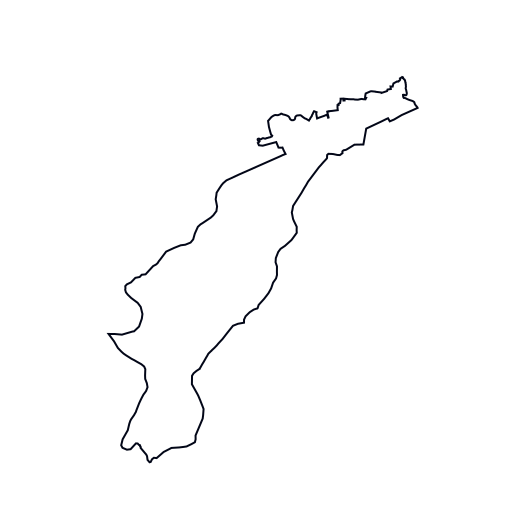 the district of Kapuas, Kalimantan Tengah, Indonesia, rotated 224°
{"feature_id": "22746128B40136746216216", "entity_name": "Kapuas", "entity_type": "district", "adm_level": 2, "iso_a3": "IDN", "parent_name": "Indonesia", "parent_adm1": "Kalimantan Tengah", "projection": "orthographic", "projection_center": [114.299, -1.918], "detail": "fine", "context": "isolated", "style": "outline", "palette": "ink", "viewbox_px": 512, "rotation_deg": 224, "n_neighbors": 0, "source": "geoboundaries", "source_scale": "gbopen_adm2", "svg_char_len": 5873}
<svg xmlns="http://www.w3.org/2000/svg" viewBox="0 0 512 512"><g transform="rotate(224 256 256)"><path d="M341.2,361.6L336.3,357.8L332.3,355.4L329.5,353.8L327.1,353.8L327.3,353.7L327.6,353.2L327.8,352.9L328.0,352.0L328.4,351.1L329.2,350.0L329.4,349.5L330.0,348.5L330.3,348.2L330.5,347.7L330.5,347.4L330.8,346.9L331.6,346.3L332.6,345.8L332.8,345.6L333.1,345.2L333.3,344.2L333.6,343.4L333.8,343.0L334.1,342.8L335.2,342.6L335.7,342.2L336.0,341.6L336.0,341.3L335.9,341.1L335.6,340.8L334.6,340.3L334.2,340.4L333.8,340.9L333.6,341.1L333.3,341.1L333.1,341.0L333.1,340.8L333.0,339.6L332.9,339.3L332.9,339.0L333.1,338.6L330.8,337.7L327.8,340.0L320.6,352.0L316.9,350.4L315.1,349.6L312.7,351.8L312.3,352.4L309.2,351.1L305.6,349.9L306.9,347.1L307.7,344.9L324.7,303.1L329.8,289.9L330.2,285.5L330.0,282.9L329.3,279.0L328.3,274.2L326.7,272.1L324.4,268.8L318.4,264.6L315.6,260.7L315.5,259.4L315.0,255.6L315.2,252.2L317.3,242.5L317.9,240.2L318.1,236.6L315.7,230.0L315.4,229.3L312.7,224.3L312.4,220.2L314.7,215.0L317.6,211.4L320.5,205.0L323.7,196.7L322.5,187.2L322.3,184.8L321.8,182.4L322.0,180.3L323.0,177.3L322.7,166.1L325.2,163.1L325.1,160.1L327.6,156.5L327.6,150.2L329.2,145.9L329.1,143.5L327.5,142.1L326.6,140.8L324.3,139.5L321.4,139.1L316.6,139.1L308.5,140.1L303.6,139.3L297.4,135.4L294.6,131.6L291.1,124.0L291.4,117.1L292.4,115.8L297.8,106.3L303.5,101.7L307.9,97.5L298.8,96.0L291.5,93.9L286.3,93.7L283.5,93.8L280.4,94.3L277.1,95.0L274.1,95.6L271.1,96.5L268.2,97.2L263.3,98.5L259.7,98.8L257.0,97.7L255.4,95.9L252.8,93.0L250.3,90.6L246.2,88.7L242.9,86.3L241.3,82.6L241.0,80.7L240.7,78.2L239.7,74.7L238.9,72.2L237.8,69.0L234.8,61.8L234.1,60.4L233.7,58.7L233.2,56.9L232.4,51.8L231.9,50.1L230.6,47.3L227.2,41.6L224.6,31.5L221.5,26.2L218.8,25.3L214.3,27.0L212.0,29.9L212.2,37.8L210.9,38.9L208.9,38.8L208.2,39.3L207.1,38.8L207.0,38.5L206.2,38.5L205.6,37.8L196.9,36.9L195.3,36.3L192.4,34.0L189.3,33.7L188.7,34.7L189.6,37.5L189.3,39.9L187.1,41.6L186.3,50.9L184.2,57.0L183.5,59.2L178.2,65.0L175.6,68.2L173.6,70.8L173.3,71.7L172.0,75.2L171.9,75.4L170.6,79.6L172.1,82.2L174.8,84.9L181.4,102.0L183.4,104.7L187.4,109.5L189.9,110.7L195.8,113.4L200.5,115.4L202.6,116.1L213.0,119.2L218.8,125.4L219.4,128.3L219.3,129.2L219.0,132.0L218.2,135.5L218.3,135.5L218.5,137.0L219.5,140.8L219.8,142.2L219.9,142.6L220.0,143.2L220.5,145.1L221.1,147.5L221.2,147.8L221.9,150.9L222.3,152.1L222.4,153.1L222.3,156.5L222.2,156.7L222.3,157.5L222.1,161.0L222.1,164.6L222.3,167.0L222.4,172.9L223.2,180.2L224.1,189.8L221.9,194.7L218.3,199.7L220.4,201.9L221.6,205.4L221.5,210.7L221.4,211.6L220.4,215.9L219.2,218.2L218.6,219.1L218.6,219.3L218.6,219.6L220.1,222.6L220.2,225.0L220.4,230.9L221.2,237.9L222.6,243.2L225.2,248.7L226.0,253.8L227.7,256.9L230.2,259.4L233.7,263.1L237.6,265.1L240.3,268.3L242.8,274.3L243.3,278.0L243.2,278.8L242.2,283.4L241.6,291.7L241.6,292.3L241.8,293.9L242.8,301.0L244.7,302.8L247.0,305.3L252.8,307.4L255.1,308.4L260.5,312.2L261.6,314.1L264.1,317.8L267.1,332.9L268.5,338.4L269.2,341.8L270.2,345.6L270.3,346.5L272.4,363.5L272.5,367.1L272.6,368.2L272.6,368.8L272.7,370.5L272.7,372.0L272.8,375.3L272.9,375.7L273.1,376.0L273.7,376.6L275.0,378.1L274.9,379.8L272.2,382.2L270.9,383.2L267.8,385.1L265.8,386.8L265.6,387.6L265.5,388.7L265.2,389.9L265.2,390.1L266.3,390.9L266.6,391.7L266.4,392.9L265.5,394.2L265.3,394.5L265.0,395.0L264.9,395.2L262.5,404.5L256.2,410.8L265.2,424.2L261.6,433.7L259.2,440.0L257.5,444.8L256.7,446.8L253.3,445.8L251.5,450.0L249.1,458.6L242.6,474.8L243.0,475.0L244.3,475.2L245.8,475.3L247.7,475.8L248.6,476.4L249.0,476.6L250.0,476.5L250.5,476.4L250.8,476.3L251.4,476.1L253.8,474.9L255.2,474.3L256.3,473.9L256.8,473.7L257.1,473.7L258.5,473.1L258.9,473.1L259.2,472.8L259.5,472.4L260.1,472.5L260.7,472.8L261.5,473.4L262.1,474.0L261.9,474.2L261.8,474.4L261.7,474.7L261.1,475.0L260.7,475.1L259.8,475.8L259.7,476.3L260.0,477.0L260.3,477.5L260.9,478.1L263.6,479.9L264.2,480.2L264.6,480.4L265.0,480.8L265.3,481.3L266.0,482.2L267.0,483.0L267.2,483.3L267.3,483.3L267.5,483.5L267.9,483.8L268.0,483.9L268.2,484.0L268.4,484.2L268.6,484.5L269.0,484.5L269.4,484.9L270.2,485.4L270.5,485.5L270.7,485.8L271.3,486.0L271.8,486.1L272.2,485.9L272.5,486.0L272.8,486.0L273.1,486.1L273.6,486.0L273.9,485.9L274.0,486.0L273.8,486.2L273.9,486.3L274.0,486.4L274.3,486.6L274.5,486.6L274.8,486.5L275.0,486.4L274.9,486.2L275.2,486.1L275.8,483.8L275.5,483.7L275.3,483.6L274.8,482.9L274.6,482.1L274.8,481.5L274.9,481.3L274.7,480.7L274.9,480.1L275.2,479.9L275.5,479.8L275.8,479.6L275.9,479.2L277.0,475.6L275.4,472.8L277.0,471.4L275.0,469.8L277.0,467.1L276.3,465.8L276.6,465.1L278.9,460.7L279.1,460.9L284.2,457.1L284.4,457.1L287.3,454.8L288.0,454.0L290.0,449.1L288.9,447.4L287.6,445.7L286.6,446.3L286.1,444.7L287.5,443.5L289.2,442.3L290.5,440.4L291.3,439.2L293.7,437.1L294.6,436.6L294.8,436.4L298.1,433.3L299.2,432.5L301.4,430.7L300.3,429.4L301.1,428.6L302.5,429.9L304.4,427.9L303.5,427.0L301.7,424.4L302.4,422.9L301.5,422.0L302.2,421.2L300.4,419.3L298.5,417.7L302.0,413.3L304.4,410.5L304.2,410.3L305.0,409.3L301.2,406.8L300.0,406.0L300.2,405.6L300.9,406.0L303.2,406.9L304.4,404.0L306.7,399.4L307.6,397.4L308.9,398.3L311.3,400.0L312.0,400.8L312.3,401.5L314.8,400.5L314.6,399.7L314.5,399.1L313.8,397.3L313.6,396.4L313.5,396.0L313.1,395.5L313.0,395.1L312.8,393.4L312.3,392.0L312.3,391.3L312.1,390.6L312.0,390.2L315.1,389.5L316.5,388.9L319.2,388.5L321.0,388.4L321.8,388.1L322.1,387.9L323.4,386.4L323.9,385.8L324.3,385.1L324.4,384.0L324.4,383.6L324.1,383.0L323.3,381.9L323.1,381.2L323.1,380.8L323.3,380.1L323.6,379.5L324.1,379.0L324.6,378.5L325.3,378.3L326.4,378.2L327.1,378.4L328.1,378.8L328.5,378.9L329.2,379.0L330.1,378.9L330.8,378.7L332.7,377.9L333.8,377.3L334.9,376.6L336.3,376.2L336.8,375.9L337.0,374.8L337.3,374.2L337.7,373.2L338.1,372.5L338.4,372.2L339.7,371.1L340.1,370.8L340.4,370.3L340.8,369.4L341.0,368.7L341.4,366.9L341.4,365.9L341.2,362.5L341.2,361.6Z" fill="none" stroke="#020617" stroke-width="2"/></g></svg>